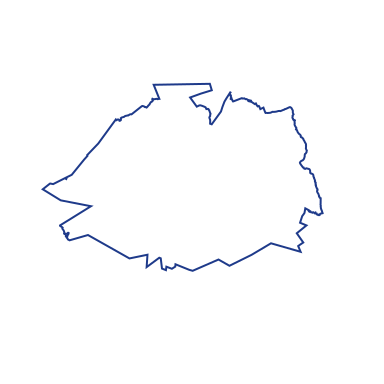 Matachí, Chihuahua, Mexico (Mercator projection), rotated 56°
{"feature_id": "50627088B19722398336980", "entity_name": "Matachí", "entity_type": "district", "adm_level": 2, "iso_a3": "MEX", "parent_name": "Mexico", "parent_adm1": "Chihuahua", "projection": "mercator", "projection_center": [-107.708, 28.816], "detail": "fine", "context": "isolated", "style": "outline", "palette": "blue", "viewbox_px": 384, "rotation_deg": 56, "n_neighbors": 0, "source": "geoboundaries", "source_scale": "gbopen_adm2", "svg_char_len": 5767}
<svg xmlns="http://www.w3.org/2000/svg" viewBox="0 0 384 384"><g transform="rotate(56 192 192)"><path d="M223.6,76.1L223.3,75.3L222.9,74.6L222.4,74.3L221.8,73.6L221.2,73.6L220.6,73.5L219.5,73.2L219.1,72.8L218.5,72.4L217.5,71.6L216.9,71.4L216.5,71.0L215.9,70.7L214.8,70.6L214.0,70.6L213.0,70.4L211.4,70.3L210.7,70.3L210.1,70.0L209.6,70.1L208.7,70.2L208.2,70.4L208.0,70.7L207.4,71.0L206.8,70.9L206.4,70.5L206.0,70.3L205.0,70.3L204.4,70.5L203.5,70.8L201.8,70.9L200.8,70.8L199.9,70.5L199.2,70.4L198.3,70.8L198.0,70.4L197.4,69.7L196.8,69.8L196.0,69.6L194.9,69.6L193.8,69.4L193.0,69.0L192.5,68.4L191.4,67.9L190.7,67.5L190.3,66.7L190.2,66.6L189.7,66.8L189.1,67.5L188.5,67.6L188.0,67.3L186.9,67.3L186.1,66.9L185.6,66.2L184.9,65.9L184.4,64.4L182.7,64.1L181.8,63.5L180.9,62.9L180.2,62.8L179.0,62.7L177.8,62.6L177.1,62.9L176.4,63.3L176.1,64.4L175.9,65.8L175.7,67.1L175.5,68.1L175.2,68.7L175.2,68.9L175.3,69.4L175.1,70.0L174.8,71.4L174.6,72.4L174.4,73.4L173.7,74.2L173.2,75.0L172.6,76.9L172.1,78.0L171.6,78.9L171.3,79.4L170.5,80.5L170.3,82.0L170.0,83.0L168.7,85.3L168.2,85.8L167.8,86.4L167.6,86.8L167.0,86.8L164.4,86.2L162.0,85.6L161.7,87.5L161.5,89.0L158.6,88.4L158.0,88.5L157.7,89.7L156.0,89.8L155.9,89.7L154.3,89.5L154.2,90.8L150.7,92.2L150.6,92.3L149.3,92.0L148.2,93.0L149.4,93.3L148.2,94.4L146.5,94.3L145.4,94.9L145.0,95.7L143.6,96.3L143.0,97.6L142.2,98.1L142.0,98.8L141.9,98.8L140.0,107.1L139.8,107.4L138.4,107.2L137.6,107.0L137.1,107.5L136.5,107.9L135.8,107.3L135.7,107.1L135.9,106.9L136.1,106.8L136.0,106.7L135.5,106.5L133.9,106.3L133.7,105.8L133.0,105.8L132.4,106.2L131.6,105.8L131.0,104.5L130.8,104.6L132.4,108.3L133.6,111.1L135.2,114.5L138.5,119.2L141.5,123.0L146.9,137.8L145.5,138.8L143.3,137.2L142.2,136.6L140.2,136.1L139.8,135.8L139.6,135.5L139.3,134.9L139.2,134.5L138.6,134.1L137.8,133.4L137.5,133.2L137.5,132.9L137.3,132.8L136.4,132.7L134.1,132.1L133.8,132.0L133.3,132.2L133.0,132.1L132.5,132.0L132.2,132.1L131.8,132.6L131.5,133.3L131.3,133.7L129.4,133.4L128.3,134.0L126.4,135.3L124.9,136.5L124.3,137.5L123.9,140.3L112.6,140.7L115.4,129.6L118.5,119.4L118.7,118.7L112.3,116.7L81.7,163.8L96.5,167.0L96.1,167.7L95.9,168.5L95.5,168.7L94.8,169.5L94.5,170.3L94.0,171.4L93.6,171.9L93.2,172.3L92.8,172.6L92.6,172.7L92.7,172.9L92.9,173.1L93.2,173.1L93.6,173.3L94.0,173.2L94.3,173.3L94.4,173.5L94.7,175.1L94.5,175.8L95.2,177.7L95.7,178.2L95.9,180.0L96.1,180.3L96.3,181.0L96.5,181.8L96.6,182.2L96.5,182.6L95.9,182.7L95.5,183.0L95.2,183.6L94.4,183.8L93.7,184.3L92.9,185.1L92.8,185.8L93.8,198.7L93.4,199.1L93.0,199.9L92.9,200.5L92.9,202.0L92.6,202.3L92.3,203.3L91.9,204.1L91.6,205.3L91.7,206.3L91.3,207.6L90.9,208.8L91.0,209.7L91.7,210.0L92.2,210.5L92.6,210.8L92.7,211.5L92.6,212.0L92.4,212.3L91.4,212.1L90.8,212.4L90.4,212.9L90.2,213.5L90.3,214.2L90.3,214.5L90.0,214.8L89.6,214.7L89.3,214.7L99.4,242.6L102.8,258.3L103.6,258.5L104.8,263.3L110.5,282.1L109.7,287.9L110.2,288.0L110.9,289.0L110.3,289.3L109.5,289.4L107.8,302.7L106.9,303.6L105.7,304.8L105.6,305.1L106.3,314.2L125.5,305.5L147.3,283.7L145.9,320.1L146.2,320.3L147.1,320.0L148.6,319.3L149.2,319.2L149.4,319.6L149.7,319.9L150.0,320.0L151.9,319.9L152.7,320.0L154.0,320.4L154.4,320.5L154.6,320.7L154.5,320.9L154.7,321.2L155.0,321.3L155.5,321.2L155.7,320.9L156.0,320.3L156.1,319.9L156.3,319.5L156.6,319.3L156.8,319.1L157.0,318.8L157.1,318.5L157.1,318.3L156.9,318.3L156.7,318.1L156.5,317.8L156.5,317.5L156.6,317.4L156.8,317.3L156.9,317.5L157.3,317.6L157.5,317.6L157.7,317.9L157.8,318.4L157.9,318.5L158.1,318.6L158.2,318.8L158.3,319.9L158.4,320.0L158.8,320.2L159.1,320.2L159.2,320.3L159.1,320.5L158.7,320.7L157.8,321.2L157.9,321.3L158.3,321.4L158.5,321.3L158.8,321.1L159.6,321.4L160.4,321.3L160.9,321.2L161.9,321.4L163.6,320.5L169.5,302.3L212.1,281.0L219.1,264.0L228.9,271.6L228.2,255.9L229.5,255.0L238.7,259.7L242.2,257.3L239.6,255.0L244.4,251.6L244.5,247.6L242.7,246.1L255.0,237.8L257.7,235.5L262.8,207.8L274.1,202.2L277.4,177.8L278.7,155.2L302.3,135.4L296.2,134.2L296.1,132.0L296.1,128.0L284.8,128.2L283.7,115.8L277.9,119.6L274.0,114.6L273.6,114.1L273.0,112.3L272.3,110.5L268.9,107.2L272.3,105.4L272.6,105.8L273.7,105.8L274.0,105.7L273.9,105.1L273.9,104.8L274.2,104.6L275.3,104.7L275.8,104.3L276.1,103.8L276.3,103.4L276.6,103.4L276.6,103.1L276.7,102.7L277.3,102.5L277.7,102.2L278.1,102.2L278.1,101.5L278.4,101.7L278.8,101.4L278.8,101.2L279.1,101.0L279.4,100.7L279.9,100.8L280.1,101.1L280.9,100.8L281.3,100.1L281.7,100.1L281.8,99.5L282.3,99.4L282.4,98.9L282.1,98.6L281.9,98.3L281.8,97.7L282.2,96.6L282.6,95.6L282.1,95.4L281.2,95.2L280.7,95.0L279.6,94.7L279.1,94.7L278.5,94.5L277.9,94.3L277.4,94.2L276.8,93.8L276.3,93.6L275.9,93.4L275.6,93.0L274.3,92.5L273.6,91.9L269.1,88.8L268.5,89.2L268.1,89.3L267.9,89.3L267.6,89.1L267.1,89.2L266.7,89.2L266.3,88.8L266.0,88.7L265.7,88.7L263.9,88.2L263.1,88.3L262.3,88.2L261.5,88.0L261.0,87.7L260.8,87.1L260.4,86.7L260.1,86.5L259.8,86.4L259.5,86.6L259.1,86.6L258.8,86.4L258.4,86.4L258.2,86.3L256.8,86.1L256.2,85.8L256.0,85.6L255.6,85.7L255.2,85.5L255.1,85.2L254.7,85.0L254.4,85.0L254.2,84.8L254.0,84.7L253.7,84.7L253.3,84.5L253.2,84.2L252.9,84.2L252.3,84.3L251.8,84.1L251.5,83.7L250.7,83.5L250.3,83.3L249.5,83.2L249.1,83.2L248.6,83.0L248.2,82.7L247.7,82.8L247.0,82.6L246.6,82.4L246.3,82.2L245.9,82.0L245.3,81.9L244.9,81.9L244.4,82.1L243.9,82.4L243.5,82.8L243.1,82.9L242.9,83.2L242.3,83.3L241.7,83.0L240.5,82.2L239.8,82.0L239.4,81.9L238.9,81.9L238.4,82.1L238.0,82.5L237.7,82.7L237.0,83.4L236.5,83.7L236.2,84.2L236.2,85.1L236.1,85.3L235.3,85.9L234.9,85.9L234.2,85.8L234.1,86.1L233.6,86.3L232.3,86.3L231.2,86.4L230.6,86.4L229.1,86.4L228.4,86.3L228.1,86.2L227.8,85.8L227.5,84.9L227.4,84.4L227.4,83.9L227.6,82.6L227.6,82.3L227.4,81.4L227.2,80.8L226.5,79.8L226.2,79.5L225.7,78.8L224.8,78.2L224.0,77.5L223.7,77.1L223.7,76.6L223.6,76.1Z" fill="none" stroke="#1e3a8a" stroke-width="2"/></g></svg>